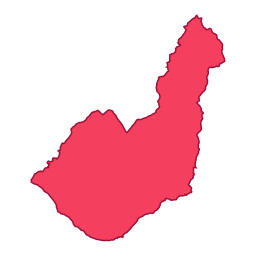 Vatra Moldovitei, Suceava, Romania (Mercator projection)
{"feature_id": "2599482B26946498841752", "entity_name": "Vatra Moldovitei", "entity_type": "district", "adm_level": 2, "iso_a3": "ROU", "parent_name": "Romania", "parent_adm1": "Suceava", "projection": "mercator", "projection_center": [25.558, 47.669], "detail": "fine", "context": "isolated", "style": "filled", "palette": "rose", "viewbox_px": 256, "rotation_deg": 0, "n_neighbors": 0, "source": "geoboundaries", "source_scale": "gbopen_adm2", "svg_char_len": 5822}
<svg xmlns="http://www.w3.org/2000/svg" viewBox="0 0 256 256"><path d="M113.5,240.0L116.2,238.0L117.3,238.3L117.8,237.3L118.1,237.0L119.0,237.4L120.3,236.8L122.7,237.2L123.0,237.1L123.1,236.9L123.0,236.5L122.2,236.1L123.9,234.3L124.4,233.5L126.6,232.6L129.2,230.0L129.9,229.4L132.0,226.6L135.8,222.7L137.0,221.1L137.5,220.3L137.7,219.3L138.0,218.9L139.8,217.4L143.1,216.0L143.8,215.2L144.6,214.9L145.4,214.3L148.3,213.9L149.7,213.1L152.9,213.2L153.8,212.8L154.7,211.1L156.4,210.4L157.6,209.2L157.8,208.8L158.3,208.6L158.6,208.0L159.1,207.7L159.3,206.7L159.9,205.9L160.4,203.2L162.1,201.8L162.5,201.1L163.2,201.1L163.7,200.6L164.5,200.7L165.1,200.4L165.3,200.0L165.1,199.2L165.7,199.1L165.9,198.6L166.4,198.3L167.2,198.8L168.4,198.9L169.3,199.2L170.5,200.0L171.5,200.2L176.3,199.6L178.0,197.0L179.0,196.3L181.4,195.7L182.4,195.9L183.9,195.6L184.4,195.3L184.9,194.4L186.0,195.2L186.6,195.1L187.7,194.0L188.5,193.7L190.3,192.5L191.3,192.5L191.6,192.0L191.7,191.7L190.9,190.3L191.6,188.0L190.2,186.3L189.6,185.8L188.9,185.5L188.3,184.6L189.1,183.8L190.6,180.3L191.6,179.3L192.4,178.7L193.1,177.7L193.1,177.4L193.3,177.1L193.0,176.4L193.2,175.6L194.1,174.9L194.4,174.3L193.2,173.1L193.6,172.3L193.4,169.1L193.5,168.6L193.5,167.6L196.1,167.7L195.5,166.9L195.2,166.1L195.1,165.0L195.3,162.7L195.5,162.4L195.5,161.3L196.1,159.7L196.1,158.3L196.2,157.6L197.2,155.3L197.6,154.8L197.8,154.1L198.4,153.5L198.5,151.4L199.1,150.1L199.3,149.2L199.2,148.7L198.5,148.1L198.2,147.2L198.5,145.9L198.3,144.7L199.2,142.4L199.1,142.2L198.8,140.2L197.9,137.2L197.2,136.1L196.8,135.9L197.0,134.4L198.2,132.8L200.2,131.0L201.4,129.3L201.0,125.1L200.7,124.5L200.9,122.3L201.3,120.5L202.3,119.5L202.6,118.1L201.8,115.9L201.9,115.0L202.1,114.3L203.2,113.4L203.2,112.9L201.6,111.1L201.2,110.1L201.2,108.8L200.4,107.1L199.8,106.0L196.7,102.7L197.9,101.7L198.9,101.1L199.4,100.4L198.9,97.9L199.3,96.2L200.1,95.6L201.9,93.1L204.4,90.7L205.4,89.3L205.7,86.4L206.9,84.6L207.6,81.1L207.5,80.5L206.7,77.2L206.9,76.6L207.8,74.9L208.2,73.9L208.3,72.5L208.0,70.1L208.3,69.2L209.2,67.5L209.7,67.2L210.7,67.1L212.1,67.6L214.2,67.2L216.8,66.1L218.0,66.6L218.7,66.5L219.0,66.3L219.7,64.0L221.0,63.5L224.8,61.2L224.5,59.8L224.4,58.6L223.4,56.6L223.1,55.6L221.9,52.9L221.8,50.5L222.5,49.5L222.5,49.1L222.3,46.8L222.6,45.5L222.3,44.0L219.3,40.1L218.3,39.7L217.4,38.9L216.9,37.7L217.0,36.4L216.5,34.9L215.4,34.2L213.2,33.1L212.3,32.3L211.1,29.3L210.8,28.9L209.6,28.5L209.2,28.6L208.8,29.0L208.1,29.3L207.9,29.6L206.1,29.6L205.4,29.2L205.7,28.6L203.5,27.3L202.9,26.1L202.1,25.2L201.7,22.8L201.0,21.6L201.3,19.9L201.7,18.9L201.4,18.0L199.8,18.5L198.8,18.4L197.7,17.0L196.9,15.4L196.1,15.9L195.5,16.5L195.3,17.1L195.5,17.6L195.2,17.8L194.5,18.2L194.0,18.1L191.8,19.5L190.6,20.8L187.8,23.1L187.3,25.4L186.9,25.7L185.0,26.2L183.9,26.7L184.3,27.6L185.1,28.3L185.3,28.8L186.0,29.6L186.0,30.5L185.1,31.7L184.8,33.0L183.7,33.9L181.4,37.3L178.7,39.4L178.5,40.3L178.4,41.6L178.6,43.1L178.2,43.1L178.5,43.4L178.6,44.1L180.2,44.5L180.1,45.0L180.3,45.6L176.8,47.0L175.6,48.6L175.8,49.5L175.6,51.4L175.0,51.9L174.7,52.8L174.4,53.1L172.0,53.7L171.0,54.4L169.9,54.6L169.7,58.6L169.7,60.7L170.0,61.3L167.2,62.6L167.3,62.9L167.1,63.1L167.6,65.2L167.4,66.7L167.0,67.0L167.4,67.0L167.5,67.3L168.5,71.0L167.9,71.7L166.9,72.1L166.7,72.4L166.5,73.2L165.8,73.7L165.7,74.0L163.8,76.1L159.9,76.8L158.6,77.4L158.8,78.3L158.5,78.7L158.7,79.1L158.4,79.5L158.5,79.7L158.4,80.0L157.9,80.6L156.9,83.0L156.5,86.8L156.2,87.3L157.1,91.6L159.0,93.4L159.6,94.9L160.0,96.5L159.9,97.7L159.4,98.4L159.0,99.9L157.8,101.1L157.8,101.5L158.7,103.4L159.1,105.6L159.6,106.7L159.4,107.2L158.6,108.1L156.8,109.7L156.4,110.5L155.9,111.0L155.8,111.5L156.0,112.2L154.4,113.4L152.1,114.4L150.9,115.4L148.6,116.2L146.4,117.6L143.3,118.4L141.4,119.4L140.0,119.7L138.7,119.3L138.5,119.6L137.6,119.5L136.7,120.1L136.5,120.9L135.7,121.3L135.3,122.5L134.6,123.1L134.3,123.7L133.7,124.4L133.8,124.6L132.2,125.9L131.8,126.6L131.7,127.3L131.1,127.7L129.7,129.2L127.3,132.3L126.6,132.5L125.6,131.3L122.2,124.9L121.1,123.5L120.5,122.4L119.2,121.1L118.5,119.9L117.4,118.8L116.2,116.0L113.3,112.7L113.0,112.2L112.7,111.1L111.3,110.5L108.7,109.9L105.2,112.6L104.6,113.4L102.9,114.7L102.8,114.3L101.9,114.1L101.1,113.6L100.0,112.2L98.1,110.4L94.9,111.6L91.9,112.5L88.8,116.5L87.5,117.3L87.0,117.9L86.3,119.4L85.8,120.0L84.9,120.4L83.7,121.7L80.4,122.6L79.3,122.5L76.4,123.9L75.4,124.9L75.0,125.8L73.1,126.9L71.8,128.3L71.4,128.5L71.0,129.0L71.1,130.0L71.6,131.7L71.3,134.2L70.2,135.5L69.7,136.6L65.4,141.5L65.1,142.6L64.9,142.9L64.3,143.2L62.9,143.4L62.5,143.1L61.9,143.8L61.5,144.4L61.3,145.5L60.9,145.9L60.4,147.0L60.3,150.2L58.6,150.5L58.2,150.9L59.0,151.5L59.8,152.8L59.3,153.8L59.7,154.8L59.0,155.6L58.1,157.9L57.2,158.4L56.7,159.1L55.9,158.0L55.1,158.3L53.1,158.0L52.6,159.0L52.7,159.3L52.6,159.5L53.0,159.6L53.2,160.0L52.9,160.9L52.4,161.2L52.0,161.1L51.2,161.7L49.8,161.6L48.4,161.1L47.6,161.9L47.2,162.9L47.5,163.4L47.9,163.6L49.4,163.8L49.5,164.2L48.6,164.9L48.7,165.5L48.5,166.3L48.6,166.8L48.0,166.7L48.2,167.6L45.4,168.0L44.5,168.8L44.0,169.9L42.6,171.5L41.8,171.7L40.6,171.1L38.5,171.6L36.9,172.7L36.1,173.5L35.0,173.8L34.4,174.5L34.0,175.5L32.2,178.7L31.4,179.5L31.2,180.2L31.5,181.8L31.3,182.1L33.5,183.5L38.1,185.2L39.0,186.2L41.3,187.6L43.1,189.3L44.1,191.1L48.1,193.6L50.7,197.1L53.4,200.2L53.7,200.8L54.7,201.8L55.4,203.6L56.3,204.4L56.5,207.6L57.0,208.5L57.8,211.4L58.2,211.9L59.4,212.2L60.9,213.7L64.4,214.5L66.0,215.8L67.2,216.2L68.8,217.2L72.7,221.6L73.6,224.6L74.6,225.5L75.0,226.3L75.3,226.5L76.6,226.5L78.1,227.2L79.7,228.8L80.5,229.3L80.7,229.8L81.3,230.3L81.8,230.5L83.1,230.6L84.1,231.2L84.1,231.7L84.7,232.2L86.3,234.7L89.1,236.0L90.4,237.2L92.0,237.6L96.7,239.4L98.8,239.6L101.0,240.2L104.4,240.6L106.2,240.3L108.4,240.6L112.0,239.9L113.5,240.0Z" fill="#f43f5e" stroke="#9f1239" stroke-width="1.5"/></svg>